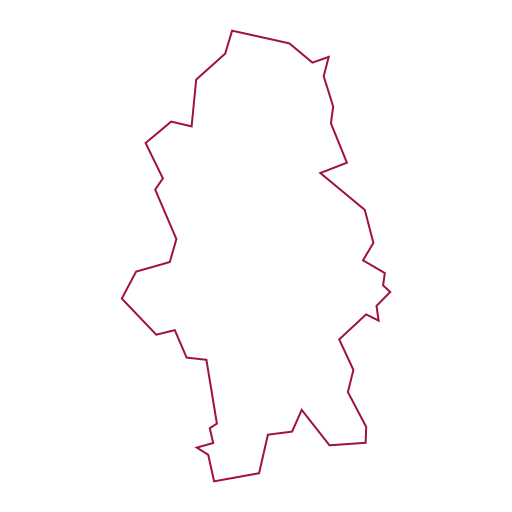 Central Finland, Mercator projection
{"feature_id": "FIN-3177", "entity_name": "Central Finland", "entity_type": "Province", "adm_level": 1, "iso_a3": "FIN", "parent_name": "Finland", "parent_adm1": "", "projection": "mercator", "projection_center": [25.479, 62.526], "detail": "coarse", "context": "isolated", "style": "outline", "palette": "rose", "viewbox_px": 512, "rotation_deg": 0, "n_neighbors": 0, "source": "natural_earth", "source_scale": "10m", "svg_char_len": 719}
<svg xmlns="http://www.w3.org/2000/svg" viewBox="0 0 512 512"><path d="M328.7,56.9L323.7,76.2L333.2,106.6L330.9,123.3L346.9,162.7L320.3,173.0L364.8,209.9L373.4,242.9L363.0,260.3L384.8,273.1L383.1,285.4L390.2,292.0L376.5,305.9L378.6,320.6L366.1,314.4L339.2,339.4L353.4,369.9L347.9,392.1L366.2,426.9L365.6,442.8L329.5,445.3L301.7,409.9L292.1,431.6L267.9,434.7L259.1,473.2L214.1,481.3L208.2,454.8L196.8,447.6L213.2,443.0L209.8,428.2L216.9,423.6L206.4,359.8L186.6,357.6L174.8,330.1L156.3,334.7L121.8,298.6L136.1,271.6L169.8,262.0L176.4,239.1L155.2,189.6L162.9,178.4L145.6,143.0L171.2,121.6L191.6,126.4L196.2,79.6L225.2,53.6L232.1,30.7L289.4,43.4L312.4,62.6L328.7,56.9Z" fill="none" stroke="#9f1239" stroke-width="2"/></svg>